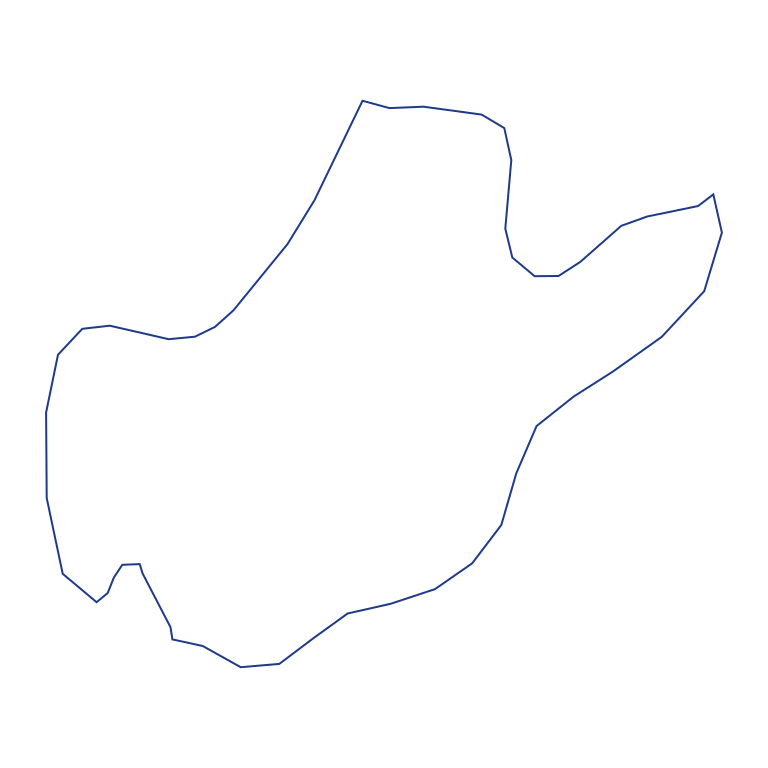 Balakən, Mercator projection
{"feature_id": "AZE-1723", "entity_name": "Balakən", "entity_type": "District", "adm_level": 1, "iso_a3": "AZE", "parent_name": "Azerbaijan", "parent_adm1": "", "projection": "mercator", "projection_center": [46.43, 41.723], "detail": "fine", "context": "isolated", "style": "outline", "palette": "blue", "viewbox_px": 768, "rotation_deg": 0, "n_neighbors": 0, "source": "natural_earth", "source_scale": "10m", "svg_char_len": 745}
<svg xmlns="http://www.w3.org/2000/svg" viewBox="0 0 768 768"><path d="M362.5,100.8L389.5,108.1L423.5,106.7L481.6,114.6L504.3,128.1L511.3,160.1L505.3,228.7L512.3,257.5L534.6,276.2L558.5,276.0L580.4,261.8L621.3,225.8L647.2,216.5L698.1,206.0L713.3,194.4L721.9,232.6L704.2,291.2L661.7,336.9L612.8,371.6L573.6,396.6L536.6,426.0L516.3,473.3L501.3,525.0L472.2,563.3L435.0,589.1L390.9,603.7L347.6,613.5L313.8,637.9L279.3,663.9L240.7,667.2L202.7,646.0L172.4,639.4L170.5,627.2L142.6,573.5L139.7,564.1L122.3,564.8L113.9,577.5L107.7,593.0L96.6,602.2L62.7,573.8L46.7,498.0L46.1,412.5L58.0,354.7L82.3,328.8L109.8,325.7L168.7,339.2L194.9,336.7L215.0,326.9L233.4,310.4L287.5,244.1L314.5,200.2L362.5,100.8Z" fill="none" stroke="#1e3a8a" stroke-width="2"/></svg>